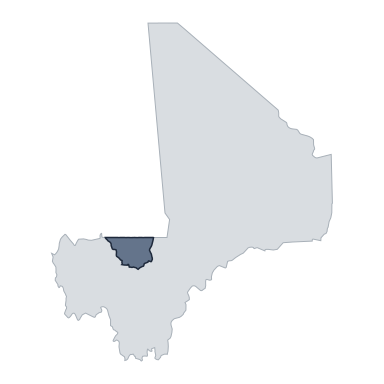 location of Nara, Koulikoro, Mali
{"feature_id": "8926073B7074311745372", "entity_name": "Nara", "entity_type": "district", "adm_level": 2, "iso_a3": "MLI", "parent_name": "Mali", "parent_adm1": "Koulikoro", "projection": "equal_earth", "projection_center": [-7.752, 14.805], "detail": "fine", "context": "in_parent", "style": "filled", "palette": "slate", "viewbox_px": 384, "rotation_deg": 0, "n_neighbors": 0, "source": "geoboundaries", "source_scale": "gbopen_adm2", "svg_char_len": 5108}
<svg xmlns="http://www.w3.org/2000/svg" viewBox="0 0 384 384"><path d="M66.5,308.7L66.6,306.9L65.5,305.7L65.4,305.1L66.1,300.1L66.0,298.8L66.5,296.3L65.8,295.1L65.6,294.3L63.8,291.0L63.3,288.2L62.4,286.4L60.3,285.8L59.5,287.4L59.0,287.6L58.2,286.5L57.9,285.6L58.0,284.7L55.2,280.3L55.4,278.0L56.5,276.8L56.9,274.8L55.9,272.5L56.0,270.2L55.9,267.1L54.3,264.5L53.3,263.2L52.4,261.3L53.1,257.0L51.6,253.3L54.6,254.8L56.0,253.4L57.4,251.5L58.6,249.0L59.1,245.9L59.3,243.3L60.5,239.2L62.0,237.2L65.0,234.3L65.8,234.6L70.6,240.7L73.3,243.8L74.3,245.4L75.2,245.5L76.6,242.5L78.1,239.9L78.7,239.2L83.5,238.9L86.1,239.4L88.3,240.1L91.5,240.3L100.0,238.4L100.1,237.2L100.0,235.7L100.3,234.6L101.0,233.6L101.6,233.4L101.9,236.9L102.6,237.4L104.6,237.5L167.0,237.5L169.6,219.5L165.0,213.0L148.0,23.1L177.4,23.0L182.5,27.3L278.2,110.1L278.7,112.8L278.7,116.5L279.5,117.6L280.8,118.9L286.3,122.4L286.8,123.1L287.0,124.6L287.7,126.4L288.8,127.5L290.2,128.3L291.8,128.8L296.7,129.4L297.8,130.2L299.9,133.5L301.1,134.2L307.7,136.0L309.9,136.9L312.3,138.4L313.5,139.7L313.6,144.9L314.6,148.3L314.6,149.2L313.6,150.5L313.4,151.5L312.2,154.2L312.5,155.3L314.8,157.3L316.0,157.9L317.3,157.9L331.2,154.4L332.4,203.2L331.9,204.0L331.8,212.7L330.8,217.8L329.1,221.6L328.1,227.2L327.4,228.4L327.0,231.6L326.0,233.5L324.2,234.2L321.0,237.8L320.8,240.7L313.2,239.1L312.7,239.2L312.3,239.6L312.2,241.1L292.8,242.0L283.2,242.7L277.3,249.3L273.4,250.0L268.5,249.4L266.0,249.4L265.1,249.7L264.9,250.9L257.1,247.6L254.2,248.6L253.8,248.3L253.4,247.5L252.0,247.1L249.7,247.3L248.2,247.8L243.3,253.1L240.6,254.4L235.7,257.5L232.3,260.2L231.1,260.7L229.2,260.8L227.6,261.4L226.2,267.4L225.3,268.0L219.4,265.6L218.2,266.0L217.1,266.7L213.9,270.2L212.3,273.0L211.4,276.8L211.6,279.3L211.0,280.0L209.5,280.2L206.8,279.4L205.9,279.8L205.6,281.6L205.7,285.7L205.1,288.4L203.5,289.3L202.2,290.4L201.2,290.7L200.4,290.4L195.6,286.3L194.0,285.7L192.2,286.1L190.5,287.9L187.5,292.2L187.8,293.7L188.7,295.5L189.3,297.7L189.3,299.7L185.0,302.5L186.0,304.6L185.9,310.2L183.9,312.8L183.2,314.4L181.3,316.2L179.6,317.3L174.3,318.7L172.2,320.5L171.2,322.0L170.9,323.5L171.1,325.3L172.2,329.0L171.9,332.4L171.0,336.4L170.2,338.1L167.7,340.1L168.1,342.7L168.3,346.4L168.0,351.2L167.2,354.4L166.6,354.1L164.3,354.2L161.7,355.3L160.8,356.1L160.6,357.2L158.4,359.8L157.0,359.6L155.6,358.9L154.9,358.2L154.9,357.8L155.7,355.7L155.7,355.0L154.9,351.3L155.0,350.4L154.7,347.6L151.7,348.7L151.6,349.2L152.0,351.0L151.7,351.3L150.7,351.3L149.3,350.7L147.8,349.1L147.4,349.6L147.2,350.9L147.1,352.4L147.5,355.2L147.1,356.2L144.7,356.0L142.7,356.3L142.2,357.3L142.0,358.4L142.4,359.7L142.4,360.2L141.5,361.0L141.1,360.9L140.0,359.6L135.6,358.3L135.2,356.4L134.7,356.4L133.2,354.1L132.6,354.2L132.1,354.5L130.4,354.4L128.9,356.3L127.8,358.8L126.6,360.0L124.8,360.5L125.0,359.0L124.5,356.8L120.6,354.1L120.0,353.0L119.0,346.9L119.1,345.1L119.3,343.5L119.2,342.3L118.8,341.3L117.6,340.4L116.4,340.0L114.9,341.2L114.2,341.4L113.5,341.3L113.1,340.9L113.2,340.3L114.9,337.0L115.7,335.7L117.3,334.1L117.7,333.3L117.8,332.6L117.6,332.2L116.5,331.6L114.8,330.1L113.9,329.9L113.2,329.2L112.4,326.8L112.0,326.4L111.2,326.1L110.5,325.5L110.6,319.8L108.9,315.5L107.5,310.0L106.7,308.7L105.4,307.6L103.8,306.8L102.3,306.7L100.7,307.3L100.7,307.8L101.6,309.5L101.8,310.5L101.6,311.5L101.3,312.1L99.1,312.7L96.2,314.7L95.2,317.0L94.5,317.3L93.4,317.0L85.6,313.1L82.3,314.8L80.2,318.2L79.7,319.4L78.6,320.3L78.1,320.3L77.5,319.7L75.3,314.5L74.3,313.3L73.1,313.2L72.0,314.1L70.9,315.8L69.5,317.4L68.6,317.9L67.9,317.6L64.7,314.1L64.5,313.4L66.0,309.3L66.5,308.7Z" fill="#d9dde1" stroke="#a8b0b8" stroke-width="1"/><path d="M121.9,264.6L124.1,265.0L126.3,265.1L127.7,265.1L127.8,264.5L128.3,264.4L128.7,264.8L129.3,267.1L130.5,267.1L131.7,267.4L132.7,267.3L133.3,267.0L134.9,267.5L136.0,267.7L136.6,268.2L137.4,268.9L138.1,269.3L139.8,267.8L142.0,266.6L143.5,266.1L143.7,265.7L144.3,263.6L144.9,263.3L147.9,262.2L148.3,261.2L148.8,260.9L151.0,261.7L151.5,261.3L151.8,260.4L152.3,259.6L152.3,258.1L151.9,256.8L151.3,254.0L150.5,252.5L149.5,250.3L149.7,249.0L151.3,246.3L151.8,245.1L153.0,240.4L153.5,237.6L153.2,237.5L152.1,237.5L150.4,237.5L148.4,237.5L147.1,237.5L146.6,237.5L146.4,237.5L146.0,237.5L145.6,237.5L144.6,237.5L143.2,237.6L141.7,237.5L139.8,237.5L139.6,237.5L138.8,237.5L137.9,237.6L137.1,237.6L136.8,237.6L134.4,237.5L131.7,237.6L130.4,237.6L128.0,237.5L125.8,237.6L124.6,237.5L124.3,237.5L122.9,237.5L121.8,237.5L121.1,237.5L120.3,237.5L120.2,237.5L118.8,237.6L117.9,237.5L115.9,237.5L115.4,237.5L114.4,237.5L113.0,237.5L112.4,237.5L111.6,237.5L110.3,237.5L109.1,237.5L108.6,237.5L107.9,237.5L107.6,237.5L106.9,237.5L105.9,237.5L105.6,237.5L105.3,237.5L105.5,238.1L106.3,239.0L106.5,239.2L107.3,239.9L107.8,240.7L110.2,242.3L110.5,242.7L110.9,243.4L111.1,243.9L111.2,245.7L112.3,248.8L113.1,249.4L114.9,249.5L116.0,249.8L116.2,250.3L116.5,251.8L116.4,253.8L116.3,255.1L116.6,256.3L118.5,257.6L119.5,258.6L120.6,260.0L121.8,260.4L122.1,260.7L122.0,261.4L121.9,262.0L122.1,263.4L122.3,263.7L122.4,264.1L121.9,264.6Z" fill="#64748b" stroke="#1e293b" stroke-width="1.5"/></svg>